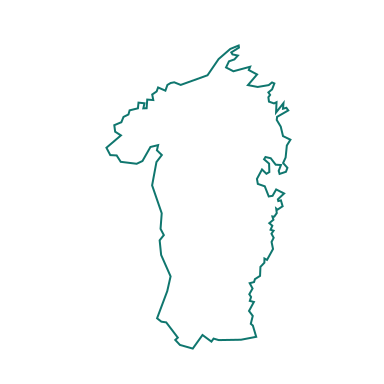 outline of Mueang Surat Thani, Surat Thani, Thailand, rotated 12°
{"feature_id": "78962969B86261158660404", "entity_name": "Mueang Surat Thani", "entity_type": "district", "adm_level": 2, "iso_a3": "THA", "parent_name": "Thailand", "parent_adm1": "Surat Thani", "projection": "albers", "projection_center": [99.361, 9.1], "detail": "medium", "context": "isolated", "style": "outline", "palette": "teal", "viewbox_px": 384, "rotation_deg": 12, "n_neighbors": 0, "source": "geoboundaries", "source_scale": "gbopen_adm2", "svg_char_len": 1926}
<svg xmlns="http://www.w3.org/2000/svg" viewBox="0 0 384 384"><g transform="rotate(12 192 192)"><path d="M242.1,334.3L243.6,330.9L248.9,331.3L270.7,326.3L284.9,320.3L279.3,310.0L276.9,308.7L277.2,300.6L272.5,296.5L275.4,286.7L271.2,286.5L271.6,282.4L269.3,280.1L271.3,273.8L267.4,269.2L271.4,267.2L271.7,264.1L276.0,259.9L274.5,251.0L277.5,246.1L276.7,242.0L279.5,242.8L283.1,230.9L280.2,224.3L281.4,219.8L278.4,216.3L279.8,212.9L276.7,212.6L277.6,208.3L274.1,206.4L277.4,202.2L275.7,199.2L277.6,199.0L279.3,195.0L277.8,190.7L279.3,191.5L283.6,187.1L280.7,181.7L278.3,182.9L277.5,181.3L282.4,174.3L273.8,172.0L271.6,179.0L268.0,180.4L262.0,171.3L254.7,170.4L252.8,165.7L255.8,155.4L261.0,158.7L263.5,156.4L261.5,148.2L255.7,145.0L256.6,142.5L262.0,142.6L268.2,147.9L273.4,147.1L272.4,153.3L273.9,156.1L279.7,152.7L280.3,148.5L275.1,144.7L276.4,138.8L275.1,126.8L277.4,120.4L269.4,118.4L265.2,109.6L259.9,103.9L259.6,100.8L269.2,92.2L266.8,90.0L263.7,91.6L263.0,86.0L257.7,96.7L256.0,86.6L253.8,88.3L248.5,87.6L247.0,83.4L248.2,80.8L246.0,78.7L249.0,75.0L250.0,68.7L247.5,68.2L244.8,71.5L234.4,75.6L224.5,75.8L231.2,63.5L222.2,60.9L222.8,57.4L207.4,65.3L199.4,63.1L201.0,56.5L205.9,53.5L208.5,49.0L203.0,49.0L201.4,47.3L207.9,41.0L207.2,39.0L199.7,44.1L190.4,56.4L182.9,74.6L158.7,89.6L151.8,88.4L148.5,89.8L145.7,92.4L144.9,98.4L137.1,96.8L136.5,101.0L132.8,104.9L135.0,110.1L129.0,110.9L130.2,119.5L127.0,120.3L127.1,115.1L121.1,115.7L121.7,121.4L114.0,125.1L113.7,129.4L109.4,132.8L108.4,138.4L102.1,142.8L104.3,149.0L110.7,151.4L99.1,166.5L104.4,172.9L110.7,171.9L116.0,177.3L132.0,175.9L137.1,172.0L142.0,156.6L149.1,153.2L149.0,158.5L154.8,162.1L151.0,170.1L151.6,193.8L166.8,219.1L168.9,234.6L173.4,240.0L170.4,246.0L174.9,260.0L188.6,279.0L188.4,294.1L184.1,322.8L189.0,325.2L193.9,324.9L208.4,337.4L206.4,340.2L212.0,344.1L225.3,345.0L232.0,329.7L242.1,334.3Z" fill="none" stroke="#0f766e" stroke-width="2"/></g></svg>